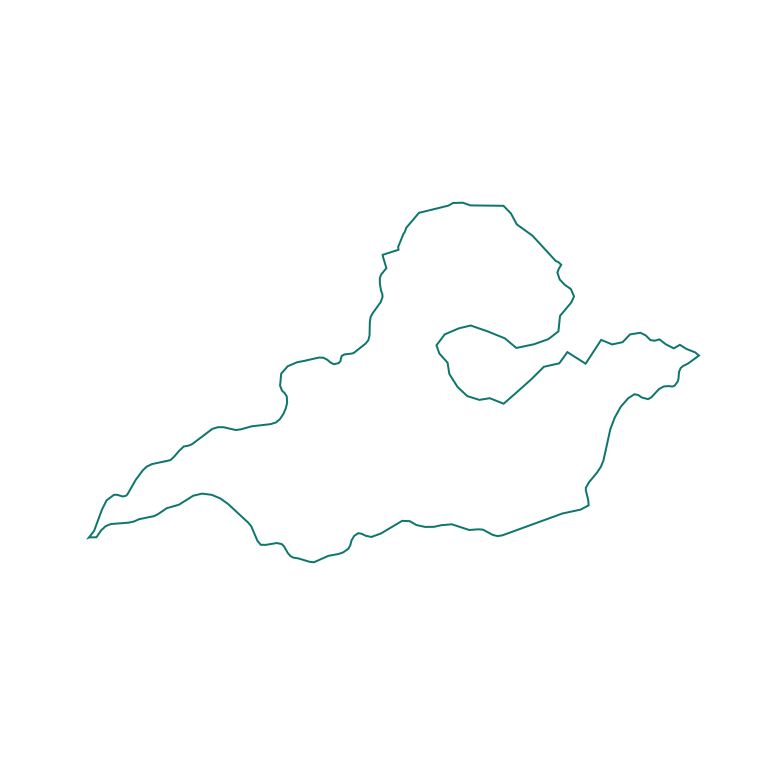 map outline of Borsod-Abaúj-Zemplén (Robinson projection), rotated 171°
{"feature_id": "HUN-3168", "entity_name": "Borsod-Abaúj-Zemplén", "entity_type": "County", "adm_level": 1, "iso_a3": "HUN", "parent_name": "Hungary", "parent_adm1": "", "projection": "robinson", "projection_center": [21.025, 48.121], "detail": "fine", "context": "isolated", "style": "outline", "palette": "teal", "viewbox_px": 768, "rotation_deg": 171, "n_neighbors": 0, "source": "natural_earth", "source_scale": "10m", "svg_char_len": 2864}
<svg xmlns="http://www.w3.org/2000/svg" viewBox="0 0 768 768"><g transform="rotate(171 384 384)"><path d="M295.6,216.0L300.3,218.0L309.1,224.7L313.4,225.7L322.7,226.5L338.9,234.8L349.5,235.6L356.9,235.1L365.7,236.4L374.0,239.6L380.0,244.5L387.5,246.0L410.5,236.8L420.4,234.9L425.7,236.9L429.4,239.5L432.8,240.7L437.2,238.6L440.7,234.4L442.3,230.4L444.8,227.0L450.6,224.1L455.6,223.2L465.7,223.0L481.1,218.9L485.5,220.1L495.5,225.0L500.9,226.8L503.4,228.8L505.4,232.0L508.1,239.2L510.1,241.9L514.8,243.7L525.8,243.6L530.9,244.5L533.5,248.8L537.4,264.3L539.8,268.3L556.6,289.7L563.6,296.6L571.5,301.5L580.9,304.2L589.9,303.5L605.3,296.9L618.1,295.3L627.1,291.0L631.5,289.5L647.0,288.8L652.5,287.3L657.8,287.0L675.7,288.4L681.2,287.1L686.4,283.6L692.0,277.6L699.0,278.6L699.5,278.5L693.3,284.3L682.3,303.9L676.2,312.5L668.0,316.8L665.2,316.4L659.4,313.7L655.9,314.1L654.2,315.7L644.2,328.2L635.8,336.4L631.5,339.4L625.7,341.2L606.9,342.2L602.6,345.1L597.1,349.8L591.6,353.6L586.8,353.7L583.2,354.5L560.6,366.5L554.9,367.3L549.2,366.4L537.5,361.7L532.5,361.6L521.4,362.9L502.3,362.1L496.8,362.9L492.4,365.5L488.1,370.1L484.7,375.5L482.6,380.6L482.0,387.1L483.6,390.6L485.8,393.5L486.9,398.6L483.9,410.3L476.3,416.6L466.3,419.1L456.0,419.4L458.3,419.4L444.0,420.3L439.7,419.4L436.2,416.8L433.5,413.6L430.4,411.4L425.5,411.7L423.4,413.5L422.5,416.1L421.3,418.4L418.4,419.4L411.1,419.1L409.0,419.4L396.0,426.7L392.7,429.6L390.7,434.2L388.9,444.0L388.3,447.3L386.7,452.4L384.2,455.6L374.4,465.5L371.8,470.3L371.6,473.1L372.3,476.7L372.4,483.6L371.5,489.5L369.7,492.5L363.5,498.1L365.1,509.5L365.1,511.8L348.7,514.3L348.6,517.1L341.4,529.1L339.6,531.0L337.7,534.7L322.7,547.6L300.9,549.4L292.6,550.1L287.4,552.0L277.7,550.7L270.8,546.9L238.1,541.3L231.9,532.5L227.9,520.9L214.1,507.2L195.1,478.6L192.8,477.2L190.3,474.0L193.3,470.5L195.3,467.0L194.1,459.7L190.1,453.9L184.6,448.5L182.6,440.8L186.2,435.3L199.5,423.7L203.5,408.7L214.6,402.6L229.6,399.8L247.7,398.9L257.5,410.2L273.3,419.7L289.2,428.2L301.2,427.3L316.3,423.5L326.1,414.0L324.6,405.5L317.9,395.1L317.9,383.7L311.8,369.5L303.6,359.0L292.3,353.4L281.7,353.4L268.9,345.8L255.4,354.3L237.8,365.6L223.4,376.0L207.6,377.0L197.9,386.8L181.7,372.5L162.6,393.6L152.5,387.4L141.8,388.0L133.2,394.5L122.8,394.5L117.9,391.1L114.0,385.7L109.8,384.4L105.0,385.0L99.3,379.0L92.2,373.9L85.6,376.4L79.9,371.4L71.5,366.4L68.5,362.8L80.4,356.7L86.0,354.9L88.5,353.3L90.7,349.9L92.3,343.2L93.5,340.5L97.3,336.8L99.8,336.4L102.9,337.4L108.1,337.8L113.1,336.0L122.1,329.0L125.5,327.7L131.4,330.3L134.7,333.4L138.3,334.7L145.1,331.7L153.8,324.4L161.3,314.8L167.5,304.0L179.2,274.2L182.7,268.4L187.1,263.5L196.2,255.5L196.9,254.9L200.9,249.9L201.1,248.6L201.3,247.2L201.2,245.9L201.0,244.6L200.5,238.1L200.6,235.0L200.9,232.1L209.5,229.2L227.9,228.2L290.8,216.0L295.6,216.0Z" fill="none" stroke="#0f766e" stroke-width="2"/></g></svg>